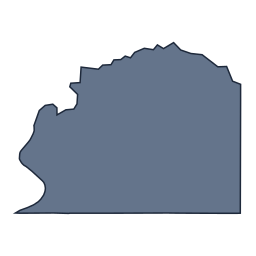 outline of Wilkinson, Mississippi, United States of America
{"feature_id": "52423323B55662622252090", "entity_name": "Wilkinson", "entity_type": "district", "adm_level": 2, "iso_a3": "USA", "parent_name": "United States of America", "parent_adm1": "Mississippi", "projection": "mercator", "projection_center": [-91.429, 31.186], "detail": "fine", "context": "isolated", "style": "filled", "palette": "slate", "viewbox_px": 256, "rotation_deg": 0, "n_neighbors": 0, "source": "geoboundaries", "source_scale": "gbopen_adm2", "svg_char_len": 1039}
<svg xmlns="http://www.w3.org/2000/svg" viewBox="0 0 256 256"><path d="M240.3,213.2L240.6,100.8L240.6,84.3L232.6,81.2L226.6,66.5L217.8,66.8L202.1,54.7L190.9,53.5L180.7,50.0L173.6,42.6L163.5,48.6L157.4,44.9L153.4,49.7L144.3,48.3L134.7,52.4L130.5,57.8L125.2,56.1L120.8,59.6L113.9,59.9L111.0,64.7L102.7,65.1L98.4,69.2L81.1,67.1L80.1,82.6L70.8,83.2L69.8,86.8L77.6,94.4L77.0,103.9L73.8,109.1L65.9,109.8L57.0,114.9L56.9,107.8L52.8,104.2L45.2,105.4L39.3,110.5L33.9,125.7L34.1,126.7L34.2,130.3L34.0,131.4L33.1,133.9L30.9,138.3L29.9,140.1L28.1,142.4L21.3,150.4L20.3,151.9L20.0,152.7L19.7,154.1L19.4,158.5L19.6,159.5L21.4,162.6L22.5,163.9L24.0,165.3L26.1,166.5L31.8,171.1L42.4,180.8L43.8,182.4L44.9,185.0L45.4,188.1L45.2,190.2L44.9,191.7L43.7,195.0L40.8,199.2L38.2,201.8L33.5,204.9L27.2,207.7L20.0,210.3L15.4,213.0L20.0,213.2L53.7,213.0L68.7,213.4L69.8,213.2L97.7,213.2L98.6,213.2L109.1,213.2L167.7,213.0L176.1,213.1L176.4,213.1L195.1,213.2L221.6,213.3L232.3,213.3L237.2,213.3L240.3,213.2Z" fill="#64748b" stroke="#1e293b" stroke-width="1.5"/></svg>